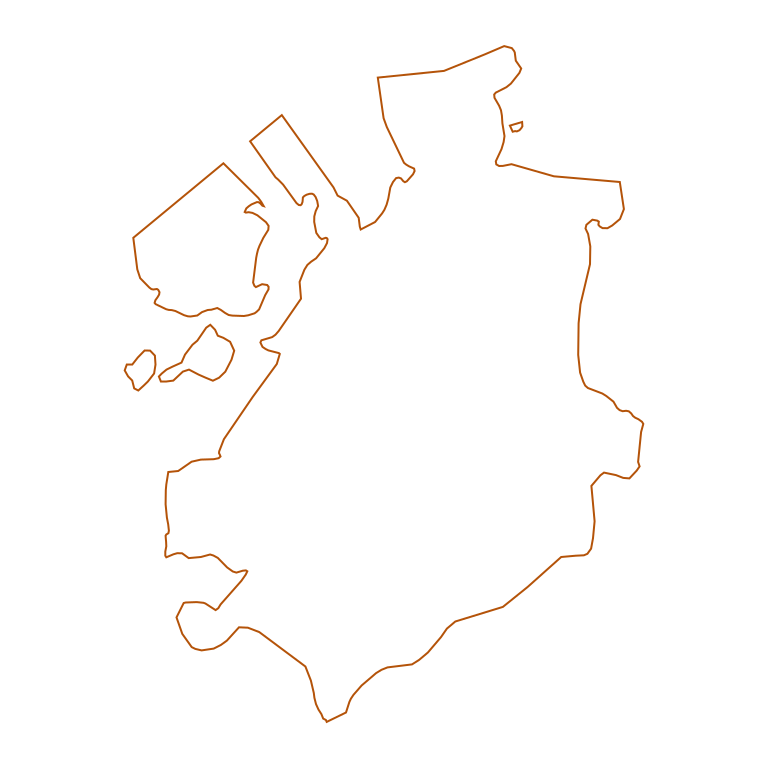 the border of Fribourg
{"feature_id": "CHE-3421", "entity_name": "Fribourg", "entity_type": "Canton", "adm_level": 1, "iso_a3": "CHE", "parent_name": "Switzerland", "parent_adm1": "", "projection": "albers", "projection_center": [7.007, 46.724], "detail": "fine", "context": "isolated", "style": "outline", "palette": "amber", "viewbox_px": 768, "rotation_deg": 0, "n_neighbors": 0, "source": "natural_earth", "source_scale": "10m", "svg_char_len": 4530}
<svg xmlns="http://www.w3.org/2000/svg" viewBox="0 0 768 768"><path d="M504.2,46.1L511.8,48.1L514.1,51.0L514.8,52.6L514.9,53.6L515.8,60.7L521.2,68.5L519.4,72.9L510.9,83.6L506.4,87.2L495.8,92.6L494.2,94.5L494.5,97.8L499.1,105.7L501.0,110.3L501.9,115.6L502.4,123.3L504.5,136.1L503.6,142.1L501.5,149.1L495.8,161.3L496.3,164.4L499.1,166.0L502.9,165.9L511.5,164.2L553.9,176.3L619.8,182.0L623.9,209.1L620.0,219.0L612.2,225.5L607.5,228.2L602.5,228.1L599.7,226.4L598.4,224.8L598.8,221.6L597.2,220.6L592.4,219.7L586.4,224.8L585.5,228.5L588.1,234.0L590.3,246.4L590.0,264.2L580.5,304.2L578.6,323.3L578.2,354.9L580.1,372.6L583.3,381.7L585.2,385.6L587.9,388.0L602.3,393.5L606.3,396.0L613.5,401.7L617.0,407.8L619.6,410.1L622.6,411.2L626.1,410.8L628.8,411.3L631.2,413.4L633.0,416.0L635.2,417.7L638.4,419.2L642.0,421.8L643.3,423.9L641.1,432.0L638.1,461.9L639.6,466.4L636.7,470.6L629.4,478.4L623.2,477.9L616.0,475.1L604.0,472.6L600.4,475.3L591.4,485.9L594.6,521.3L593.0,538.2L591.1,548.6L587.4,553.8L583.9,555.3L575.8,555.7L561.2,557.0L527.7,586.9L502.9,606.9L455.3,621.5L446.9,628.6L441.0,637.1L427.9,652.5L419.1,659.9L412.0,664.4L387.5,667.4L381.5,669.8L376.1,673.1L361.6,685.5L353.5,694.8L350.9,698.7L349.4,701.9L346.0,712.5L326.7,721.9L325.9,720.0L323.2,718.6L321.4,714.1L318.5,709.6L316.0,704.1L314.4,697.8L313.8,693.0L310.9,680.6L305.4,666.5L259.3,632.1L247.9,627.7L239.0,627.3L226.9,640.6L220.8,645.0L213.7,648.6L201.6,650.4L195.3,648.9L191.7,647.1L182.3,633.9L176.5,617.4L183.7,603.0L185.7,602.5L196.7,602.1L203.5,602.8L205.4,603.5L215.6,610.1L218.3,608.2L220.6,604.4L241.4,580.8L245.8,574.5L247.3,571.3L245.9,570.4L242.8,570.7L236.4,572.6L232.8,571.5L227.1,567.4L217.8,557.9L213.4,555.5L210.1,554.5L200.9,557.0L188.7,558.1L182.1,553.3L177.2,553.2L173.4,554.3L166.3,557.3L165.3,555.7L165.3,551.6L166.3,546.3L166.1,541.8L165.8,538.5L165.6,535.7L166.3,534.5L168.4,533.2L168.9,530.7L168.2,524.4L166.9,517.6L165.6,504.3L165.8,490.1L166.3,484.5L168.3,472.0L178.2,471.0L191.6,461.7L200.9,459.6L213.8,459.2L218.6,458.2L220.5,456.5L220.0,455.1L219.0,453.1L219.2,451.3L223.9,439.2L252.6,397.1L276.8,364.0L279.8,353.9L278.9,353.1L268.4,350.4L265.6,349.0L262.5,346.9L260.4,342.5L261.4,340.3L272.2,337.1L275.5,334.7L278.7,331.0L301.0,298.7L299.6,281.9L304.4,269.7L307.4,264.9L311.1,261.7L316.1,258.3L324.3,248.2L327.0,243.1L327.6,239.2L326.7,238.0L325.7,237.8L321.7,239.2L319.4,237.3L316.3,232.9L314.2,221.9L314.3,216.4L315.7,211.1L318.1,206.0L317.2,201.0L315.6,197.0L313.7,194.5L312.0,193.7L309.6,193.8L306.6,194.7L304.3,196.0L302.9,197.4L302.7,200.0L302.5,202.0L301.6,204.3L300.6,205.2L298.8,205.0L296.5,203.1L283.1,184.6L278.2,179.6L275.5,177.3L250.1,141.3L281.8,115.1L333.5,187.4L337.6,195.6L346.9,200.7L358.7,217.8L359.8,226.6L360.7,229.5L375.1,222.0L382.1,213.4L384.4,209.8L386.6,204.7L388.3,198.6L390.3,187.5L393.0,182.0L396.1,178.1L398.8,177.6L401.0,178.4L403.3,181.2L404.9,182.2L406.8,181.3L413.0,174.3L414.6,171.0L414.1,168.6L409.0,166.3L406.2,164.6L404.0,162.8L386.8,127.0L383.6,118.2L377.8,77.6L444.0,70.9L485.0,54.3L504.2,46.1ZM223.4,163.3L258.3,197.9L261.2,201.8L263.7,206.1L262.4,205.7L260.4,203.5L258.6,202.2L256.9,202.1L251.5,204.4L248.7,206.3L246.3,208.4L244.7,212.0L245.8,212.6L248.7,212.2L252.5,212.9L257.4,215.3L266.0,222.2L268.6,225.9L268.3,229.8L263.3,237.9L259.5,245.8L258.0,249.7L257.0,253.7L256.2,257.8L253.1,282.6L254.4,285.8L255.9,287.1L262.1,284.2L267.2,285.0L268.6,286.8L268.5,289.4L265.2,295.1L259.1,309.4L256.5,311.9L254.6,313.3L248.2,315.3L243.9,316.0L232.3,315.6L228.7,315.0L225.0,312.9L220.8,309.9L217.2,308.0L211.4,309.7L207.7,310.0L202.0,312.1L197.3,315.5L190.5,316.5L187.8,316.3L184.1,315.2L175.4,311.0L171.8,310.1L168.7,309.9L166.1,309.2L155.7,304.2L154.6,302.9L155.4,300.2L157.5,297.3L159.1,294.6L159.5,292.2L158.2,289.8L156.9,289.0L153.3,289.5L151.4,289.1L149.4,287.6L140.2,278.2L137.3,269.4L133.3,237.8L223.4,163.3ZM210.3,324.8L215.1,329.8L217.8,335.7L223.3,337.8L230.1,341.8L234.2,350.7L231.5,359.7L225.3,371.7L219.1,377.7L212.9,380.7L205.4,377.6L198.6,374.6L189.0,369.6L182.9,371.6L173.3,380.6L166.4,381.5L160.9,381.5L158.9,376.5L161.7,373.6L166.5,369.6L172.6,366.6L181.5,362.6L185.0,354.6L192.5,344.7L197.3,340.7L202.8,332.7L206.2,327.7L210.3,324.8ZM150.1,350.6L154.9,355.6L155.5,364.6L154.1,373.5L147.9,381.5L143.8,385.5L138.3,390.5L134.2,388.4L132.2,380.5L128.1,376.4L124.7,370.4L126.8,364.5L132.3,364.5L137.8,357.5L144.6,350.5L150.1,350.6ZM522.1,122.0L522.4,126.3L521.4,128.0L519.5,130.2L516.9,131.4L515.1,131.1L512.7,131.7L509.9,125.6L522.1,122.0Z" fill="none" stroke="#b45309" stroke-width="2"/></svg>